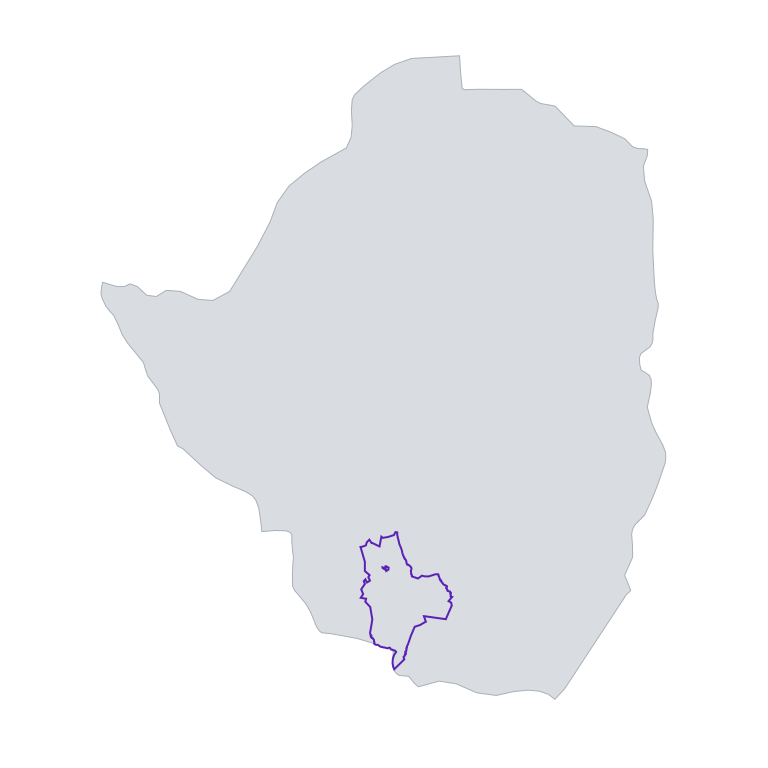 Gwanda, Matabeleland South, Zimbabwe (highlighted), rotated 357°
{"feature_id": "62879985B81037274427079", "entity_name": "Gwanda", "entity_type": "district", "adm_level": 2, "iso_a3": "ZWE", "parent_name": "Zimbabwe", "parent_adm1": "Matabeleland South", "projection": "equal_earth", "projection_center": [29.396, -21.277], "detail": "fine", "context": "in_parent", "style": "outline", "palette": "violet", "viewbox_px": 768, "rotation_deg": 357, "n_neighbors": 0, "source": "geoboundaries", "source_scale": "gbopen_adm2", "svg_char_len": 7269}
<svg xmlns="http://www.w3.org/2000/svg" viewBox="0 0 768 768"><g transform="rotate(357 384 384)"><path d="M538.2,707.8L531.8,702.4L523.1,698.9L512.0,697.3L497.5,697.9L479.8,700.9L460.7,697.3L440.4,687.2L423.5,683.6L403.3,688.0L402.4,688.1L398.9,684.7L393.4,677.2L384.1,675.9L381.6,674.2L379.6,671.4L378.2,667.9L377.7,664.0L379.2,651.8L378.4,650.4L375.9,649.0L370.9,647.5L358.7,642.0L343.4,636.6L318.6,630.7L309.0,629.2L306.7,627.4L303.9,622.9L299.1,608.8L294.6,599.6L283.8,585.2L282.1,580.8L282.6,569.4L283.4,560.2L284.5,552.4L283.9,545.1L283.7,536.0L284.1,529.9L282.6,527.3L278.7,525.5L267.7,524.6L254.3,525.0L253.8,515.7L252.5,501.5L249.9,493.2L246.8,488.9L240.6,484.5L228.2,478.4L211.1,469.0L196.5,455.3L179.8,438.1L174.6,435.1L168.3,419.0L158.8,391.4L159.3,382.2L157.9,377.7L148.7,364.1L146.6,357.1L144.9,349.9L130.3,330.0L125.3,321.3L121.4,310.2L117.6,301.2L114.4,297.6L110.2,291.5L107.3,284.6L106.0,279.4L107.0,272.5L108.4,267.7L122.2,272.7L129.8,273.1L135.6,270.7L143.0,273.9L151.7,283.0L161.2,284.7L171.5,279.1L185.4,280.8L202.9,289.8L217.4,291.6L234.6,283.6L249.9,261.5L264.3,240.6L278.5,216.6L287.0,197.1L299.5,181.3L316.1,169.1L333.1,158.8L359.0,146.1L358.9,146.1L364.1,135.7L365.8,124.3L365.8,108.5L367.2,98.2L369.9,93.5L374.2,89.9L379.7,85.2L396.8,73.1L411.2,65.4L428.6,60.3L447.7,60.3L466.1,60.2L476.6,60.2L476.7,75.4L477.5,92.6L479.5,94.3L493.4,94.6L515.6,95.9L536.9,97.0L550.6,109.4L555.1,112.1L569.3,115.4L587.4,136.2L609.2,138.1L624.1,144.6L637.3,151.7L644.8,160.2L649.7,162.1L656.4,162.8L659.6,163.5L658.9,169.7L654.4,180.1L654.9,194.9L660.8,215.5L661.5,233.5L659.4,265.0L659.3,295.6L659.8,306.5L660.8,313.7L662.0,317.6L661.8,322.1L658.1,334.9L655.0,348.4L654.9,353.8L653.8,357.6L651.6,360.9L642.1,367.1L640.4,371.0L640.4,377.9L641.6,383.8L645.1,385.9L649.4,389.2L651.0,393.6L651.0,398.2L649.6,406.7L645.7,420.8L649.3,437.1L653.5,447.6L659.3,459.7L661.6,467.2L661.5,472.6L660.6,477.8L651.6,500.0L645.2,513.8L637.4,528.6L627.2,537.8L624.5,542.3L623.4,547.3L623.7,558.4L623.2,569.9L614.3,587.7L619.6,602.9L618.4,604.3L615.4,606.5L602.8,623.7L590.1,641.0L580.8,653.7L570.2,668.1L558.4,684.3L548.3,698.0L538.2,707.8Z" fill="#d9dde1" stroke="#a8b0b8" stroke-width="1"/><path d="M440.8,600.3L440.4,600.2L439.9,600.3L439.7,600.3L439.6,600.2L439.6,599.9L439.4,599.7L439.6,599.1L439.6,598.9L439.8,598.7L439.7,598.4L439.5,598.2L439.4,598.1L439.4,597.6L439.4,597.2L439.4,596.9L439.3,596.7L439.5,596.6L439.8,596.5L440.0,596.3L440.0,596.2L439.9,596.1L439.6,595.9L439.5,595.7L439.4,595.7L439.4,595.4L439.1,595.2L438.9,595.0L438.9,594.7L438.6,594.7L438.0,594.4L437.3,594.2L436.9,594.1L436.7,593.9L436.5,593.7L436.5,593.4L436.6,593.0L436.5,592.7L436.4,592.5L436.2,592.6L436.1,592.3L436.1,592.0L436.1,591.9L436.0,591.7L435.8,591.5L435.7,591.5L435.5,591.3L435.4,591.0L435.5,590.4L435.7,590.1L436.0,590.0L436.2,589.9L436.3,589.8L436.3,589.6L436.2,589.4L436.2,589.1L436.0,588.9L435.8,589.0L435.7,589.0L435.2,588.6L434.7,588.2L434.4,588.2L434.2,588.0L434.1,587.9L433.8,587.9L433.6,587.7L433.3,587.6L432.6,586.9L432.5,586.5L432.3,586.0L431.6,585.4L431.4,585.3L431.3,585.1L431.2,584.9L431.1,584.4L430.9,584.2L430.9,583.4L430.8,583.1L430.7,583.1L430.4,583.2L430.2,583.3L430.1,583.2L429.9,583.0L429.7,582.3L429.6,582.2L429.5,581.9L429.6,581.7L429.2,580.4L428.7,578.8L428.5,578.0L428.4,578.0L428.4,577.8L428.4,577.6L428.4,577.3L428.3,576.9L428.2,576.8L425.4,576.7L418.5,578.5L414.4,578.2L411.9,577.4L411.5,577.5L411.1,577.9L407.7,580.0L401.8,577.6L401.9,577.0L401.9,576.6L401.9,576.4L401.8,576.2L401.3,575.7L401.2,575.6L401.1,575.4L401.3,574.7L401.1,572.6L401.0,572.2L401.1,571.6L401.5,571.0L401.6,570.4L401.7,570.2L401.8,569.8L401.8,569.4L401.5,568.6L401.4,568.5L401.4,568.3L401.3,568.1L400.9,567.7L400.6,567.5L400.4,567.3L400.2,567.0L399.7,566.4L399.5,566.2L399.0,566.0L398.6,565.7L398.2,565.8L397.9,565.8L397.7,565.6L397.6,565.4L397.3,564.4L397.1,563.8L397.0,563.4L397.0,562.8L397.1,562.4L396.7,561.0L396.6,560.8L396.5,560.7L395.7,560.1L395.6,559.9L395.6,559.7L395.7,559.4L395.7,559.2L395.1,558.7L394.8,558.3L394.8,558.2L394.8,557.6L394.8,557.3L394.6,557.0L394.1,556.2L393.9,555.1L393.5,554.1L393.4,552.7L393.2,551.5L392.3,548.2L392.0,547.7L391.8,547.2L391.6,546.2L391.2,545.3L390.9,544.4L390.7,543.3L390.6,542.7L390.6,542.0L390.5,541.6L390.4,541.4L390.2,540.7L390.2,540.1L390.0,539.3L390.0,539.1L389.7,538.0L389.6,537.9L389.6,537.6L389.7,537.2L389.5,536.3L389.4,536.1L389.3,534.9L389.3,534.6L389.4,534.2L389.3,533.6L389.4,533.3L389.5,532.9L389.4,532.8L387.7,532.5L386.0,535.4L379.9,537.0L376.4,537.4L374.8,537.6L373.4,536.3L371.0,546.0L364.1,542.2L363.3,542.2L361.2,538.7L358.6,541.1L358.5,541.5L358.3,541.7L358.3,541.8L357.5,544.2L353.7,545.4L352.0,545.5L353.3,550.8L355.6,560.7L355.5,561.9L355.1,569.8L356.6,571.2L358.9,573.4L358.9,573.5L359.6,574.1L358.2,576.1L358.7,577.3L358.8,577.3L359.1,578.1L359.5,579.0L359.7,579.6L358.9,580.1L356.6,581.3L355.2,578.1L353.5,579.9L354.5,582.6L352.6,585.1L350.5,587.9L352.2,592.7L349.6,596.3L353.0,597.1L354.9,597.5L354.7,598.3L353.9,600.4L358.6,606.0L358.8,608.0L359.1,610.6L360.0,618.4L359.2,622.2L358.9,623.7L357.4,630.2L357.0,632.2L357.1,632.7L357.2,632.8L357.3,633.2L357.3,633.8L357.5,634.2L357.6,634.3L357.9,634.3L358.1,634.3L358.3,634.5L358.1,635.0L357.8,635.0L357.7,635.0L357.5,635.4L357.6,635.7L357.6,635.8L357.7,636.0L358.0,636.2L358.1,636.4L358.2,636.5L358.3,636.8L358.5,636.9L358.8,637.1L359.2,637.0L359.3,637.5L359.8,637.7L359.9,638.2L360.6,639.0L360.6,639.7L360.5,640.6L361.0,641.3L360.6,642.8L362.0,643.9L362.7,644.1L363.9,644.1L364.4,644.3L366.7,646.2L368.7,646.6L369.6,647.1L370.7,647.1L372.5,647.8L373.7,648.1L375.1,647.6L375.9,647.6L376.5,648.3L376.9,649.1L377.2,649.5L377.4,649.6L378.0,649.7L378.9,649.9L379.3,650.3L379.9,650.6L380.7,650.6L381.6,651.4L382.0,651.9L382.1,652.3L380.3,654.5L379.2,656.8L378.4,659.2L378.4,659.3L378.2,660.6L378.1,661.8L378.0,662.6L378.0,664.0L378.3,665.7L378.5,667.1L378.8,668.0L379.3,669.4L387.2,662.4L389.9,660.0L389.8,659.7L389.5,659.3L389.5,659.0L389.4,658.4L389.2,657.9L389.3,657.6L389.5,657.6L389.6,657.4L389.7,657.1L390.0,656.8L390.1,656.7L390.4,656.5L390.7,656.4L390.8,656.3L390.8,656.2L390.6,655.7L390.7,655.3L390.7,655.1L391.0,654.6L391.3,654.5L391.6,654.6L391.8,654.6L391.9,654.3L391.8,654.0L391.7,653.9L391.3,653.6L391.2,653.1L391.2,652.7L391.3,652.4L391.9,652.3L392.0,652.2L392.0,651.9L392.2,651.7L392.3,651.6L392.3,651.3L392.4,651.2L392.5,651.0L392.6,650.0L392.5,649.7L392.4,649.6L392.7,649.1L392.7,648.7L392.8,648.6L393.0,648.6L393.2,648.0L393.2,647.7L393.1,647.8L393.0,647.7L393.4,646.7L393.9,646.0L394.0,645.9L394.1,645.7L394.5,644.6L395.3,642.8L395.6,642.0L397.7,636.8L401.3,629.4L402.0,628.0L407.0,626.7L408.6,626.0L409.6,625.4L411.8,624.3L413.4,623.6L412.9,622.1L411.7,617.9L412.0,617.9L412.2,618.0L415.4,618.6L429.7,621.4L429.8,621.4L432.6,621.9L433.5,622.1L433.7,621.5L435.5,617.9L436.2,616.5L436.8,615.2L438.0,613.0L438.7,611.5L440.1,608.9L439.9,608.2L439.7,605.9L438.9,605.4L437.1,604.2L440.8,600.3ZM376.1,566.8L376.2,566.1L376.9,566.3L376.8,566.7L377.8,567.0L378.7,567.3L379.0,567.5L378.9,568.1L378.9,568.5L378.7,569.6L377.8,570.2L376.6,570.8L376.6,570.7L376.5,570.0L376.1,570.0L376.1,569.7L375.9,569.7L375.7,569.2L374.6,568.9L373.0,567.7L372.9,567.0L375.9,568.1L375.7,567.4L375.8,566.7L376.1,566.8Z" fill="none" stroke="#5b21b6" stroke-width="2"/></g></svg>